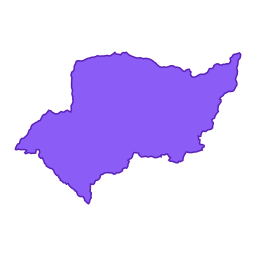 outline of Urubici, Santa Catarina, Brazil
{"feature_id": "56859067B49185000150445", "entity_name": "Urubici", "entity_type": "district", "adm_level": 2, "iso_a3": "BRA", "parent_name": "Brazil", "parent_adm1": "Santa Catarina", "projection": "mercator", "projection_center": [-49.57, -28.063], "detail": "fine", "context": "isolated", "style": "filled", "palette": "violet", "viewbox_px": 256, "rotation_deg": 0, "n_neighbors": 0, "source": "geoboundaries", "source_scale": "gbopen_adm2", "svg_char_len": 4971}
<svg xmlns="http://www.w3.org/2000/svg" viewBox="0 0 256 256"><path d="M240.6,54.2L239.4,52.9L237.7,53.5L236.1,54.0L234.7,54.2L233.4,54.6L232.7,55.6L231.9,57.0L230.1,58.2L230.7,61.2L229.9,62.7L228.5,63.9L226.9,63.7L224.9,64.3L223.2,64.3L221.9,65.0L220.2,65.0L218.6,64.0L217.1,63.8L215.5,64.4L213.9,65.6L213.1,67.8L212.0,68.6L210.8,68.5L209.4,68.6L208.5,70.5L207.4,72.5L205.8,73.3L204.3,74.3L202.6,74.2L200.4,74.3L198.6,75.0L196.9,76.2L194.6,77.1L193.1,77.2L191.9,76.7L190.7,75.0L190.5,73.5L191.0,72.0L189.8,70.8L189.4,69.3L187.9,69.4L186.3,69.9L185.1,71.2L183.6,71.4L182.3,70.1L181.1,69.1L180.1,68.1L178.4,67.5L176.6,67.1L175.1,67.2L173.5,66.0L172.1,65.7L170.2,65.9L168.4,66.7L166.8,67.2L165.4,67.2L163.9,66.8L162.1,67.3L159.8,66.8L158.3,65.7L156.8,64.3L155.6,62.9L154.5,62.4L153.2,61.2L151.9,60.3L150.4,59.4L148.7,58.9L147.0,58.5L145.5,58.3L143.7,58.7L141.7,58.2L139.8,57.6L138.6,58.0L136.8,58.0L134.8,57.4L133.2,56.7L131.9,56.3L130.6,55.7L128.8,54.8L127.7,53.7L126.2,52.3L124.9,52.8L123.2,52.5L121.6,53.5L120.6,54.9L119.3,54.4L117.7,54.2L116.3,54.2L114.9,52.4L113.2,53.8L111.2,55.2L109.7,56.0L108.4,55.7L107.0,55.4L105.5,55.8L103.4,56.0L101.5,56.0L100.1,56.2L98.7,56.0L97.3,55.7L96.2,56.4L94.8,56.9L93.2,57.2L91.4,57.3L89.8,58.0L88.2,58.3L86.7,58.8L85.4,59.5L83.2,60.6L81.4,61.1L79.6,60.8L77.7,60.7L76.3,61.3L75.5,63.6L74.7,65.2L74.2,66.6L74.2,68.1L74.1,69.6L73.2,71.1L71.8,72.2L71.3,73.7L71.0,75.6L71.9,77.4L71.7,79.9L71.7,81.9L71.5,83.4L71.6,85.6L71.6,87.8L72.4,89.5L72.4,91.6L71.9,93.8L72.4,95.8L72.9,97.4L72.8,99.3L73.1,101.4L72.7,102.9L72.1,104.0L71.1,105.7L71.2,108.0L71.3,110.2L70.7,112.0L68.8,111.1L67.7,110.3L66.0,110.6L64.1,112.1L62.3,112.0L61.2,111.6L60.1,112.2L58.5,113.4L56.9,113.9L55.5,113.9L53.8,113.1L52.1,112.2L51.2,111.1L49.8,110.6L48.6,110.3L47.6,111.8L46.2,113.6L45.2,114.4L44.0,114.5L42.8,115.4L42.1,116.6L41.2,118.4L40.2,120.5L38.5,120.8L37.6,121.9L35.7,122.5L34.1,123.8L32.5,124.5L31.1,126.6L30.8,128.8L29.4,129.8L28.7,131.5L27.9,133.7L27.2,134.9L26.0,136.1L24.9,137.1L23.5,138.4L21.7,138.4L20.4,139.8L20.0,141.5L19.4,143.5L18.0,143.9L17.2,144.8L16.5,146.2L15.6,148.0L15.4,149.5L16.8,149.7L18.2,149.2L19.9,149.5L21.3,149.7L22.7,149.6L24.9,149.6L26.6,150.3L25.8,151.5L24.7,152.7L25.7,153.7L27.0,153.3L28.2,152.6L29.7,152.9L31.2,153.5L32.9,153.2L34.3,153.2L35.7,153.1L36.0,151.6L36.0,150.1L37.3,149.5L39.1,149.9L39.7,151.5L39.5,153.1L38.7,154.7L39.1,156.7L40.7,158.2L42.4,157.9L43.1,159.5L44.0,161.2L44.4,163.1L46.0,164.5L46.3,166.0L47.8,167.0L49.0,167.7L50.5,168.4L52.0,168.8L53.0,169.4L53.9,171.3L54.6,172.9L55.6,174.3L56.7,175.4L58.1,175.6L58.6,176.8L59.2,178.0L60.2,178.7L60.2,180.2L62.0,181.2L63.6,182.8L65.3,182.8L66.4,184.2L68.2,183.5L68.8,184.9L70.0,186.4L71.3,187.7L72.5,188.5L73.8,189.1L74.7,190.6L76.5,191.5L77.2,193.8L78.2,195.5L79.3,196.3L80.5,196.6L81.9,196.4L83.7,197.4L84.4,199.0L84.7,200.4L86.0,201.7L87.2,203.0L88.6,203.7L89.5,202.3L89.7,200.7L90.3,199.2L91.2,197.9L90.9,196.2L91.2,194.5L91.2,192.7L90.1,191.7L90.3,189.5L90.4,187.4L90.4,185.8L90.5,184.1L93.1,184.4L94.3,183.6L94.7,182.3L95.6,180.5L97.4,180.2L99.0,179.2L100.2,177.2L100.4,175.1L101.5,174.6L102.8,174.3L104.4,173.1L106.4,172.7L108.1,172.6L109.7,172.9L111.7,172.8L113.5,174.1L115.2,174.0L116.8,172.6L118.6,172.9L120.6,172.0L122.4,170.8L122.5,169.3L123.5,168.5L125.0,167.8L126.7,168.2L127.8,166.4L128.0,164.5L128.6,162.9L129.2,161.3L127.9,160.2L129.5,159.1L130.9,158.6L132.0,157.4L132.6,155.9L133.0,154.2L133.9,152.6L136.7,152.8L138.5,153.2L139.1,155.0L140.3,156.1L141.5,157.0L142.9,156.8L144.3,156.6L145.6,156.3L146.9,156.7L148.2,157.1L149.7,156.6L151.3,156.3L153.2,156.9L154.8,157.7L156.9,157.5L158.3,157.1L159.9,156.3L161.1,156.8L161.1,155.1L162.9,154.7L164.7,154.9L165.9,154.3L167.0,153.9L168.0,154.9L169.0,156.8L170.6,157.5L169.7,158.8L168.7,160.2L170.1,161.2L171.8,161.3L173.3,161.6L175.0,162.4L176.5,162.8L178.0,162.7L179.0,161.3L180.3,161.7L181.4,161.0L182.8,160.6L183.1,158.1L183.9,155.8L185.2,153.5L186.2,152.0L187.7,152.2L189.5,152.6L191.2,152.6L192.5,152.4L194.6,152.0L196.9,151.8L198.4,151.1L199.6,150.8L201.1,150.2L202.3,150.0L201.8,148.6L202.8,147.6L204.2,146.7L204.0,145.3L202.2,144.6L200.7,144.5L199.5,143.7L199.8,141.7L199.9,139.6L198.6,139.5L198.5,137.7L198.3,136.0L199.4,136.5L200.7,136.4L201.0,134.7L201.5,132.9L202.7,131.1L204.3,131.3L205.8,131.5L207.1,130.4L208.5,129.6L209.8,129.6L211.3,129.1L212.6,127.8L212.6,126.0L213.2,124.1L213.3,122.7L212.2,121.5L211.7,119.9L213.1,118.8L214.5,118.1L215.0,116.2L215.9,114.6L217.0,113.0L218.4,111.5L217.7,109.2L218.2,107.6L218.2,105.8L219.2,104.5L220.0,103.3L221.0,101.7L221.0,99.8L219.6,99.2L220.4,97.7L221.5,96.6L223.2,95.5L223.9,94.4L224.5,93.2L225.7,93.1L227.1,92.3L228.8,91.4L230.8,91.5L232.3,91.3L233.7,90.7L234.5,89.4L235.1,88.1L235.7,86.7L236.8,85.4L236.9,83.1L236.3,81.1L235.5,79.6L235.8,78.0L236.5,76.0L237.3,74.1L237.3,72.5L237.5,71.0L236.9,69.1L236.8,67.6L237.5,65.8L238.0,63.5L237.9,61.9L238.4,60.0L239.9,58.3L240.6,56.1L240.6,54.2Z" fill="#8b5cf6" stroke="#5b21b6" stroke-width="1.5"/></svg>